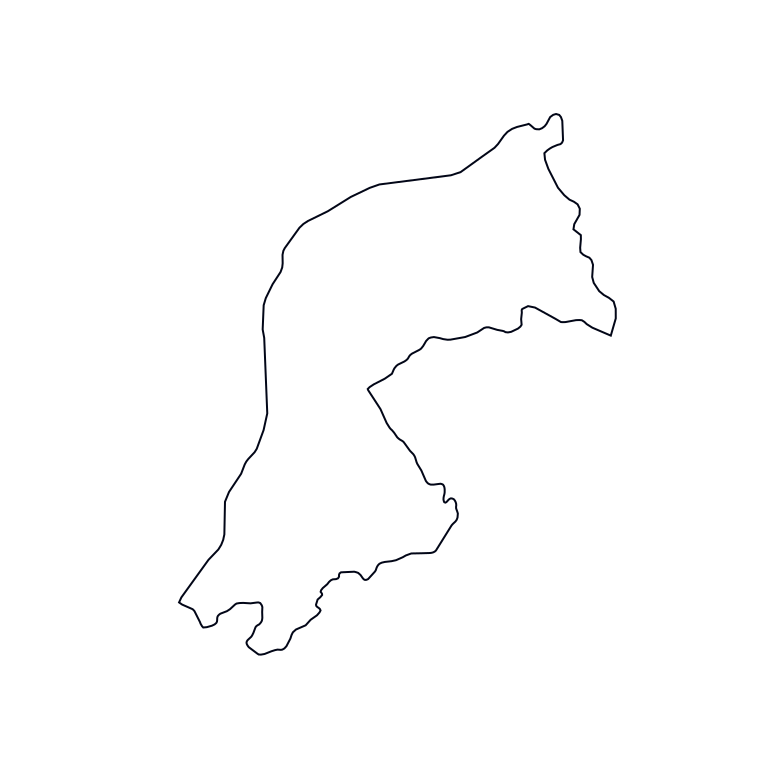 the border of Nakhon Phanom, rotated 240°
{"feature_id": "THA-472", "entity_name": "Nakhon Phanom", "entity_type": "Province", "adm_level": 1, "iso_a3": "THA", "parent_name": "Thailand", "parent_adm1": "", "projection": "albers", "projection_center": [104.283, 17.384], "detail": "fine", "context": "isolated", "style": "outline", "palette": "ink", "viewbox_px": 768, "rotation_deg": 240, "n_neighbors": 0, "source": "natural_earth", "source_scale": "10m", "svg_char_len": 4279}
<svg xmlns="http://www.w3.org/2000/svg" viewBox="0 0 768 768"><g transform="rotate(240 384 384)"><path d="M297.3,97.3L300.5,101.8L319.5,144.1L323.5,157.8L326.1,162.6L329.5,166.9L331.1,168.3L333.5,170.5L361.5,187.4L368.0,195.8L377.7,215.4L384.0,223.2L385.7,226.0L386.9,228.9L389.6,237.8L391.5,241.4L404.3,256.7L416.9,268.2L483.8,303.3L491.9,306.2L512.4,319.2L517.5,324.6L526.1,337.4L532.7,350.4L535.8,354.1L539.2,356.6L546.6,360.7L549.7,363.5L551.3,366.0L561.6,388.9L562.9,394.2L563.2,399.7L561.7,421.7L562.6,448.8L561.0,469.7L559.1,479.8L531.3,546.3L529.2,556.3L531.9,583.0L533.3,597.8L534.8,602.7L539.1,612.1L540.6,617.0L540.9,622.5L540.1,627.7L537.2,637.9L537.0,639.3L536.9,639.4L535.1,640.2L529.9,642.0L528.6,643.2L526.9,645.8L526.5,648.8L526.9,652.0L528.0,654.8L532.1,661.4L532.5,665.1L531.8,668.0L529.4,670.3L526.7,670.7L522.8,670.0L505.5,660.9L504.0,658.9L503.5,656.8L504.3,653.8L505.0,648.4L505.0,645.6L504.7,642.3L503.7,638.3L497.7,635.6L488.1,633.9L467.0,632.8L457.4,634.5L450.9,636.8L446.9,639.6L442.8,641.5L437.9,641.2L432.7,637.9L427.3,628.7L423.2,625.4L414.5,628.9L410.9,626.9L403.9,622.0L400.0,620.1L396.3,621.2L393.5,622.9L390.7,625.0L387.6,625.6L382.7,624.6L372.6,617.8L366.7,616.2L356.8,616.8L351.1,618.9L346.1,621.9L340.6,624.1L333.3,622.3L324.9,617.5L312.5,604.6L328.6,592.6L334.5,589.5L337.6,588.6L340.3,587.2L341.7,585.2L343.3,582.2L346.9,572.1L348.3,569.5L349.2,568.2L354.3,565.3L374.7,553.0L379.4,547.7L379.8,542.1L379.7,540.8L379.0,540.1L376.8,539.0L371.6,535.2L366.5,532.8L365.5,530.8L365.0,527.7L365.6,520.2L366.7,517.1L368.2,515.1L369.5,514.4L370.6,513.4L374.3,509.1L380.7,503.1L381.9,500.9L382.5,498.7L382.0,490.5L384.1,477.8L389.2,463.7L390.6,461.1L393.3,457.7L395.8,455.3L399.7,450.7L400.8,447.9L401.2,445.9L401.1,445.0L400.2,442.0L397.3,436.9L396.1,433.8L395.9,431.9L396.3,423.4L396.0,421.3L395.5,419.9L394.0,417.3L393.5,415.4L393.3,413.0L393.8,405.9L393.5,403.8L392.4,400.9L391.6,399.6L388.9,396.0L388.2,387.3L388.8,375.0L388.5,370.0L387.8,367.4L386.5,367.2L364.0,368.4L348.9,366.8L343.3,367.0L341.6,367.3L340.1,367.8L336.8,368.4L331.2,368.8L329.6,369.3L328.1,369.9L325.3,371.5L323.9,372.0L313.2,373.1L308.5,374.3L306.7,374.4L305.0,374.3L299.9,373.1L298.0,372.9L290.4,373.1L279.1,371.8L277.5,372.0L275.9,372.4L274.6,373.2L273.5,374.2L272.0,376.8L269.4,383.0L268.5,384.0L267.3,384.8L266.0,384.9L264.6,384.7L263.7,384.4L262.5,383.9L259.9,382.4L258.5,381.3L257.0,379.8L255.7,378.7L254.3,377.8L252.9,377.3L251.5,377.1L250.6,377.8L250.5,378.9L250.9,380.3L251.4,381.8L251.7,383.3L251.5,384.8L250.6,385.9L249.4,386.8L247.7,387.1L245.9,387.0L244.2,386.6L242.8,385.9L241.6,385.0L240.3,384.3L238.9,384.0L237.1,383.7L234.9,383.2L231.6,380.9L230.1,379.1L229.2,377.1L228.4,373.7L227.8,371.9L213.8,345.7L213.5,344.1L213.6,342.4L214.0,340.9L214.6,339.4L218.8,331.6L223.6,322.9L224.6,317.2L224.6,313.6L225.4,306.3L226.8,301.9L229.5,295.7L230.4,292.7L230.6,290.2L230.2,288.6L229.5,287.1L228.7,285.9L226.8,283.7L226.1,282.4L223.0,272.7L223.2,270.9L223.8,269.6L225.0,268.8L226.6,268.5L230.2,268.2L233.3,267.2L234.7,266.0L236.3,264.4L242.4,252.6L242.2,250.8L241.2,249.6L239.6,248.7L238.7,247.0L239.0,244.9L240.4,242.0L240.6,240.0L240.1,237.5L239.0,234.8L237.9,229.0L236.9,226.5L235.7,225.2L234.4,225.4L233.2,225.4L232.2,224.9L231.2,222.2L230.6,219.1L230.5,218.7L230.4,218.6L226.9,214.8L225.8,214.4L224.6,214.6L222.2,215.7L221.0,216.0L219.6,215.8L218.4,213.9L217.2,210.3L216.5,202.6L214.2,195.5L215.4,185.0L214.5,180.9L212.9,178.5L210.3,175.6L205.7,168.4L204.8,165.5L204.8,163.2L205.3,161.8L207.2,159.0L208.0,156.6L208.8,153.0L209.9,145.6L211.1,142.3L212.3,140.3L213.6,139.6L223.7,135.3L225.3,135.1L227.1,135.1L228.6,135.5L229.7,136.5L230.4,137.9L231.5,142.7L232.2,144.1L233.8,146.5L237.6,151.1L238.1,152.3L238.3,153.9L238.2,155.5L238.6,157.0L239.2,158.5L240.0,159.8L241.1,160.8L242.3,161.7L247.5,164.5L251.6,167.1L253.4,167.5L256.1,167.3L257.5,166.2L258.3,164.7L260.8,158.7L264.9,152.5L266.6,149.2L267.6,146.5L267.5,144.7L266.0,138.1L265.8,134.4L266.9,127.4L266.7,125.8L266.2,124.2L265.4,123.1L264.2,122.2L263.0,121.5L261.7,120.5L260.9,119.3L260.5,117.1L260.7,114.2L262.0,109.0L263.5,105.7L265.2,105.3L268.3,105.3L269.7,105.6L270.0,105.6L282.1,106.3L283.5,106.0L284.3,105.8L284.9,105.5L293.9,98.9L297.3,97.3Z" fill="none" stroke="#020617" stroke-width="2"/></g></svg>